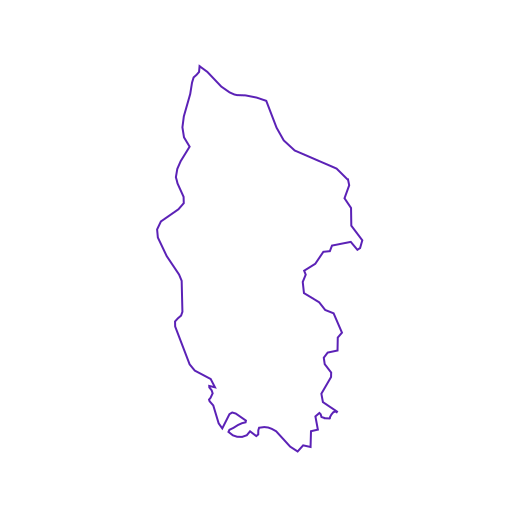 map outline of Fermanagh (Robinson projection), rotated 59°
{"feature_id": "GBR-2136", "entity_name": "Fermanagh", "entity_type": "District", "adm_level": 1, "iso_a3": "GBR", "parent_name": "United Kingdom", "parent_adm1": "", "projection": "robinson", "projection_center": [-7.539, 54.359], "detail": "fine", "context": "isolated", "style": "outline", "palette": "violet", "viewbox_px": 512, "rotation_deg": 59, "n_neighbors": 0, "source": "natural_earth", "source_scale": "10m", "svg_char_len": 1751}
<svg xmlns="http://www.w3.org/2000/svg" viewBox="0 0 512 512"><g transform="rotate(59 256 256)"><path d="M171.2,172.7L185.5,168.5L222.6,141.9L238.0,138.0L238.0,137.8L243.4,139.7L252.1,150.4L263.8,149.8L279.1,158.7L297.3,156.8L302.8,162.7L302.9,165.9L292.7,167.5L286.2,185.5L289.9,190.2L287.1,196.1L293.2,209.2L293.4,222.3L297.6,223.0L302.3,229.3L312.5,234.0L328.2,225.7L337.9,224.5L345.1,219.0L366.0,221.8L368.0,227.9L379.0,234.8L375.7,244.3L378.1,250.3L384.1,252.8L394.6,251.6L398.4,254.0L407.7,270.9L415.7,273.9L431.1,266.7L431.3,267.1L431.4,267.3L430.3,267.8L429.7,270.1L430.7,273.0L432.1,275.4L433.1,276.2L433.2,276.5L430.3,280.9L429.9,280.9L427.8,282.8L425.0,282.1L423.2,282.5L424.1,287.7L436.7,292.4L434.5,299.1L447.8,307.6L442.6,313.1L445.0,321.0L437.0,324.9L416.6,329.0L412.3,331.5L409.3,333.9L406.9,337.0L404.8,341.8L406.6,343.8L410.1,346.0L410.5,348.5L403.2,351.4L404.9,356.2L403.9,361.1L401.2,365.3L397.8,368.2L392.6,370.2L391.3,368.3L391.7,363.9L391.6,358.4L392.1,354.1L393.2,350.6L391.9,349.4L380.6,354.5L377.9,357.0L377.9,360.2L386.4,373.7L384.1,373.9L380.2,374.2L362.1,369.6L356.6,370.6L354.9,370.2L354.2,368.1L351.4,363.9L348.3,363.2L344.6,363.7L343.3,363.0L347.4,358.8L338.1,358.2L322.7,367.5L314.7,368.7L274.8,361.6L270.4,359.1L269.2,355.1L268.5,350.9L265.9,347.8L239.0,332.5L232.3,331.5L210.1,332.6L189.6,330.6L182.3,327.1L177.4,319.7L176.0,298.4L173.5,290.7L168.0,287.6L153.4,285.9L150.5,285.0L147.2,284.1L140.8,278.6L135.9,271.7L128.1,256.6L117.2,256.6L107.8,252.8L99.1,245.9L83.3,229.0L74.4,221.5L70.8,217.5L70.1,213.7L68.9,210.0L64.2,206.6L66.2,205.8L73.1,202.9L92.9,198.5L102.1,194.4L106.4,191.4L108.3,189.4L112.9,182.3L120.5,173.9L128.3,167.3L156.6,172.3L171.2,172.7Z" fill="none" stroke="#5b21b6" stroke-width="2"/></g></svg>